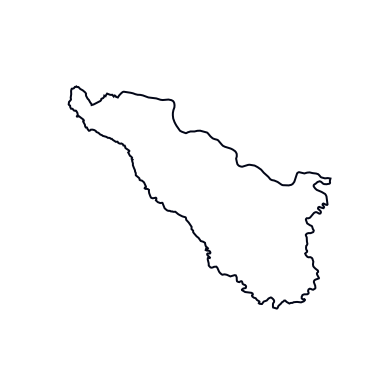 outline of Puerto Salgar, Cundinamarca, Colombia, rotated 113°
{"feature_id": "7082276B40281843469492", "entity_name": "Puerto Salgar", "entity_type": "district", "adm_level": 2, "iso_a3": "COL", "parent_name": "Colombia", "parent_adm1": "Cundinamarca", "projection": "orthographic", "projection_center": [-74.592, 5.587], "detail": "fine", "context": "isolated", "style": "outline", "palette": "ink", "viewbox_px": 384, "rotation_deg": 113, "n_neighbors": 0, "source": "geoboundaries", "source_scale": "gbopen_adm2", "svg_char_len": 5985}
<svg xmlns="http://www.w3.org/2000/svg" viewBox="0 0 384 384"><g transform="rotate(113 192 192)"><path d="M125.5,69.8L126.1,72.4L127.5,75.0L128.0,78.6L127.9,79.4L126.9,81.3L126.3,82.9L126.5,84.9L127.5,88.4L128.0,91.4L129.2,93.6L131.0,95.8L131.9,101.1L132.2,101.6L133.3,102.4L134.2,102.5L142.6,101.8L145.1,102.4L146.5,103.3L148.1,105.5L150.2,111.0L150.3,112.3L149.3,117.1L149.3,120.7L149.8,123.1L149.7,124.8L148.2,127.7L146.2,133.5L144.4,137.1L143.5,141.3L143.2,144.7L144.4,149.6L145.1,150.9L149.0,155.5L149.4,156.6L149.6,158.6L149.3,159.8L148.7,161.0L147.1,162.3L144.1,164.4L141.7,164.7L139.5,165.7L138.3,167.0L137.6,168.3L137.0,171.2L136.9,173.4L137.5,179.3L137.4,181.5L136.8,183.0L134.2,188.2L134.1,189.3L134.5,192.1L134.5,194.0L133.6,196.7L131.7,200.4L131.4,201.4L132.4,208.5L133.6,211.0L135.2,213.2L136.9,217.1L138.9,219.4L139.9,220.1L140.3,220.8L140.5,224.9L140.3,227.0L137.2,232.0L136.0,233.6L134.4,235.5L131.7,238.0L128.9,239.6L126.7,240.5L123.9,241.1L120.9,241.3L118.9,242.0L117.1,243.1L116.2,244.1L115.7,245.0L115.5,246.8L116.1,249.8L118.8,254.9L119.4,257.0L119.8,261.4L122.0,269.1L122.3,275.0L122.8,277.6L123.7,279.9L124.1,282.3L124.2,284.7L124.6,287.1L126.3,293.8L126.6,294.4L127.3,295.0L128.9,295.8L131.6,296.8L134.0,297.2L134.1,299.1L133.7,299.5L133.3,300.9L133.6,301.3L134.7,301.4L133.7,303.5L134.1,304.1L134.5,305.3L134.6,308.6L137.1,309.1L137.6,309.7L137.6,310.3L137.9,310.2L138.1,309.7L138.4,310.2L138.9,310.1L140.3,310.5L141.6,311.8L142.9,311.6L144.0,311.9L149.9,316.8L151.2,318.4L150.1,319.2L149.4,320.6L147.5,323.0L146.9,324.5L145.0,326.9L143.9,327.7L143.0,327.9L142.5,328.5L142.0,329.4L141.1,332.3L140.8,335.2L139.9,337.2L139.8,337.8L140.3,338.7L140.0,339.7L140.7,340.1L141.0,340.8L142.7,341.3L143.6,342.3L143.9,343.0L144.5,343.1L146.2,342.8L149.2,341.4L152.6,340.5L154.0,339.6L154.8,339.6L157.2,340.4L159.6,339.7L160.0,339.0L160.1,338.0L161.5,337.2L162.6,335.9L162.1,334.5L163.1,332.5L162.9,331.2L162.5,330.8L162.6,330.3L163.8,328.6L165.4,327.4L166.2,327.3L167.3,327.6L167.5,327.4L167.2,326.5L166.4,326.0L166.4,325.7L167.8,320.2L168.6,319.4L168.9,319.4L169.0,319.9L169.7,319.7L171.9,316.9L173.3,316.0L174.1,315.0L173.8,314.4L173.7,313.9L175.0,312.5L175.9,310.8L175.5,310.1L174.1,309.4L173.4,307.7L173.2,306.1L173.4,304.5L174.1,303.4L174.1,301.2L174.9,299.0L174.9,296.9L175.2,296.1L174.7,292.3L175.0,290.8L174.4,288.9L174.7,287.3L174.4,286.6L174.9,285.5L175.6,281.7L174.8,280.2L175.7,278.8L175.6,277.0L174.9,275.9L175.1,274.3L176.0,273.3L175.6,272.1L176.4,271.2L177.2,270.8L177.6,270.2L178.3,266.6L178.7,265.7L179.3,265.7L180.5,266.2L182.9,263.3L183.2,261.8L183.8,260.6L185.1,260.5L185.4,259.3L186.6,259.4L188.7,257.6L190.4,256.9L192.5,254.9L194.2,253.1L195.5,252.3L196.5,251.2L198.6,250.2L199.7,246.5L200.1,245.7L201.3,244.9L201.4,244.4L201.1,242.6L201.7,240.4L202.2,239.6L205.0,236.5L205.5,236.4L206.4,237.1L207.1,237.0L207.3,236.0L206.7,234.7L206.6,233.7L206.9,232.4L208.3,231.9L209.9,230.9L212.6,228.3L213.3,227.2L213.1,225.6L211.4,223.1L211.6,222.5L212.2,222.1L213.8,222.0L214.7,219.5L214.6,216.9L213.6,215.3L213.6,214.9L217.7,210.8L218.6,208.0L218.6,206.6L218.0,205.0L218.1,203.6L217.6,202.7L217.6,201.6L216.7,199.6L217.8,196.0L218.0,194.4L218.2,191.3L217.8,188.1L218.3,187.4L219.9,186.4L221.4,183.1L224.2,178.8L226.4,177.9L227.1,175.9L228.5,175.2L229.1,174.3L231.0,170.5L231.7,168.0L233.7,164.8L233.4,162.2L233.7,160.2L235.5,159.0L236.6,158.0L237.6,155.3L238.1,155.4L238.5,155.8L238.4,156.9L240.1,156.7L240.1,155.5L239.5,153.6L239.7,152.3L240.4,151.5L240.9,151.3L241.6,151.5L242.4,153.5L243.1,153.8L243.8,153.5L244.3,152.7L245.3,149.9L245.9,149.9L246.2,151.5L246.7,151.6L247.9,151.2L251.1,148.8L253.2,147.8L254.2,145.6L254.1,144.6L253.4,143.5L252.2,142.4L251.2,140.4L251.9,139.0L254.7,136.0L255.4,134.9L256.1,133.0L256.3,131.8L255.1,129.9L254.9,129.1L254.6,127.6L254.7,123.7L251.9,120.3L251.6,119.1L253.1,117.5L255.7,116.3L256.6,115.6L256.7,114.2L256.4,113.1L255.5,112.6L254.9,111.9L254.8,111.4L255.2,110.7L256.7,109.5L257.0,108.5L256.9,106.7L257.4,105.7L257.8,105.3L259.1,105.0L259.6,105.3L260.8,107.1L262.3,107.9L262.8,107.6L263.3,104.0L261.6,98.0L261.7,96.7L262.3,96.1L262.8,95.9L263.7,96.4L264.0,96.3L264.7,95.5L265.1,93.9L264.9,91.9L266.0,90.0L266.4,87.3L266.8,86.9L268.2,87.1L268.5,86.3L268.0,84.3L267.7,83.8L264.9,83.2L262.7,80.8L260.1,79.9L258.4,78.4L258.2,77.6L258.9,75.5L259.6,74.3L260.2,73.8L261.2,73.5L262.6,73.8L263.5,73.7L265.7,72.8L266.6,72.2L266.2,68.5L265.9,68.1L265.2,67.9L263.0,67.9L260.2,66.6L258.2,66.0L256.9,65.0L255.9,64.7L255.5,63.7L256.2,62.1L256.6,58.8L255.5,57.7L254.8,56.2L253.7,55.3L252.1,52.3L251.0,48.5L249.0,46.4L247.6,45.8L247.1,45.9L246.7,46.8L247.4,47.8L247.4,48.4L247.1,49.4L245.6,50.1L243.6,50.0L242.4,48.8L241.1,45.9L240.1,45.2L239.3,45.2L237.9,46.4L237.1,46.6L236.1,46.6L235.6,46.3L235.0,45.8L234.8,44.9L234.8,43.1L234.6,42.3L233.0,41.1L232.1,40.9L230.1,42.0L227.5,44.5L226.5,44.9L225.5,44.8L224.5,44.2L222.0,41.5L221.6,41.5L219.2,44.5L218.4,45.1L217.7,45.2L216.3,44.7L215.8,44.9L215.1,45.5L214.3,48.5L213.5,50.5L212.9,51.4L211.3,52.4L208.7,53.1L206.3,55.2L205.9,55.9L205.7,57.4L206.6,59.4L206.6,60.5L205.6,62.6L204.4,63.8L202.1,62.7L201.7,62.8L201.1,63.1L200.4,64.3L198.9,65.2L197.0,65.8L196.3,65.5L194.7,65.5L192.6,66.9L188.9,68.7L187.5,70.2L186.9,70.5L185.6,70.1L184.4,68.9L183.5,66.7L181.7,64.9L181.1,64.7L179.8,64.9L178.8,66.3L176.8,68.0L176.5,68.6L176.5,70.3L175.9,73.7L173.1,76.3L172.4,76.5L171.4,76.2L170.6,74.4L169.4,73.3L163.8,71.6L162.9,71.0L162.2,70.2L161.9,69.3L162.2,66.4L161.9,65.8L161.5,65.4L160.3,65.4L159.8,65.7L159.3,66.3L158.2,69.4L157.7,69.7L156.7,69.7L156.0,69.1L155.8,65.8L155.5,64.6L154.3,64.5L153.9,64.9L152.9,66.7L152.3,67.0L151.7,66.9L151.3,66.6L151.2,66.0L151.4,63.4L151.0,62.5L150.5,62.4L143.5,66.5L142.2,68.0L141.8,68.8L141.3,72.7L141.3,78.0L140.6,80.0L139.4,82.0L138.9,82.4L138.1,82.6L137.4,82.4L135.6,81.2L133.8,80.4L132.2,78.6L132.2,77.1L133.1,74.5L133.1,73.5L132.3,71.2L130.7,68.8L130.2,68.5L129.6,68.5L128.0,69.4L125.5,69.8Z" fill="none" stroke="#020617" stroke-width="2"/></g></svg>